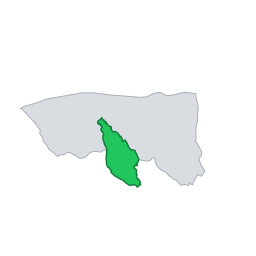 Nimba on a map of Liberia (Robinson projection), rotated 139°
{"feature_id": "LBR-791", "entity_name": "Nimba", "entity_type": "County", "adm_level": 1, "iso_a3": "LBR", "parent_name": "Liberia", "parent_adm1": "", "projection": "robinson", "projection_center": [-8.946, 6.763], "detail": "fine", "context": "in_parent", "style": "filled", "palette": "green", "viewbox_px": 256, "rotation_deg": 139, "n_neighbors": 0, "source": "natural_earth", "source_scale": "10m", "svg_char_len": 5408}
<svg xmlns="http://www.w3.org/2000/svg" viewBox="0 0 256 256"><g transform="rotate(139 128 128)"><path d="M54.3,109.2L56.2,107.4L59.0,101.5L62.9,95.9L66.6,92.6L69.5,89.2L72.5,86.5L76.9,83.5L83.6,75.4L85.2,74.5L86.3,68.9L88.0,61.8L89.9,59.6L94.5,58.3L95.5,57.0L97.1,52.0L98.2,46.2L98.3,44.9L100.1,44.8L103.1,43.5L104.9,44.1L105.7,45.8L106.1,47.2L115.4,43.6L116.2,42.8L116.7,42.9L117.9,46.2L118.6,46.0L119.1,45.1L119.7,45.0L120.5,45.4L121.2,46.9L122.4,48.3L124.4,49.3L125.7,50.6L125.5,54.1L126.0,57.5L126.9,58.3L127.4,60.3L127.6,62.6L128.1,63.7L128.4,66.0L128.3,68.4L128.6,70.1L130.1,73.0L131.0,76.7L131.0,79.4L130.5,82.1L129.5,84.6L127.8,87.4L127.6,88.5L128.6,89.2L130.2,89.3L131.5,88.8L134.8,90.0L136.5,91.8L138.1,94.1L139.4,95.2L140.0,96.6L142.4,96.2L145.1,94.9L145.6,94.2L146.5,94.6L148.2,94.7L149.4,92.2L150.4,89.4L152.5,86.4L153.6,85.2L153.8,83.3L153.9,80.8L154.7,78.6L156.4,77.4L158.3,77.4L159.3,77.8L159.9,79.9L161.4,81.6L162.7,82.7L163.3,83.1L164.4,84.4L165.4,88.6L169.5,102.4L169.3,106.2L168.5,108.6L168.5,111.1L168.2,113.5L165.7,117.4L158.5,125.4L159.0,126.1L160.8,127.0L162.5,127.5L164.0,127.3L165.8,129.3L167.7,131.8L169.8,133.1L172.8,134.3L175.4,134.4L177.6,133.9L180.8,134.4L184.1,136.5L185.3,140.0L186.1,143.0L187.3,144.5L187.4,147.1L189.8,149.4L193.2,149.8L197.6,152.5L198.7,152.4L199.2,152.0L199.7,152.6L200.8,160.3L201.7,164.4L201.2,166.0L200.6,167.3L200.6,173.6L198.6,177.2L198.3,181.1L197.7,182.4L195.6,183.5L195.6,186.5L195.1,190.2L194.8,194.1L195.4,204.2L195.5,211.8L196.5,213.2L192.4,212.6L180.2,206.8L170.9,203.5L139.5,184.6L130.8,177.0L120.8,165.7L98.4,142.9L93.4,139.3L86.9,137.5L83.0,135.6L80.2,133.5L77.9,127.2L72.3,123.4L62.1,118.1L54.3,109.2Z" fill="#d9dde1" stroke="#a8b0b8" stroke-width="1"/><path d="M162.7,82.7L164.2,83.5L164.8,85.0L165.6,87.8L166.0,91.8L166.2,92.6L166.4,93.1L167.1,94.0L167.3,94.6L167.6,95.8L167.7,96.2L168.2,96.8L168.3,97.1L168.3,97.4L168.3,97.9L168.3,98.1L168.4,98.4L168.9,99.0L169.2,99.4L169.3,99.8L169.3,100.8L169.9,104.7L169.8,105.6L169.6,106.0L168.8,106.7L168.6,107.0L168.6,107.7L168.6,108.4L168.6,109.0L168.1,110.2L168.3,110.5L168.6,110.7L168.8,110.9L168.8,111.5L168.8,112.1L168.5,113.3L168.0,114.5L167.5,115.3L164.3,119.4L163.6,120.3L161.0,122.6L160.5,123.3L160.4,123.3L159.8,123.7L159.6,124.3L159.6,124.5L159.4,124.6L159.0,124.7L158.8,124.8L157.9,126.0L157.3,127.5L156.5,130.8L154.3,135.7L153.7,136.6L152.9,137.7L152.0,138.6L151.0,139.0L150.5,139.3L150.0,140.7L149.5,141.2L149.9,141.8L150.0,142.8L149.8,143.9L149.5,144.7L148.9,145.1L147.5,145.3L146.9,145.5L146.4,146.2L146.7,146.7L147.1,147.1L147.1,147.5L146.5,148.4L146.3,149.4L146.5,149.8L147.0,149.2L147.5,149.8L147.8,150.4L147.7,151.2L147.2,152.1L146.8,152.5L146.3,152.8L142.1,152.7L141.1,152.9L141.3,152.0L141.3,151.7L141.7,151.0L141.7,150.9L141.6,150.7L141.5,150.4L141.1,149.8L141.0,149.5L141.0,149.4L141.0,149.2L141.1,148.8L141.4,148.6L141.5,148.6L141.5,148.4L141.4,148.3L141.3,148.2L141.2,148.1L141.0,147.8L140.9,147.7L140.7,147.6L140.6,147.4L140.6,147.2L140.7,146.7L140.8,146.6L141.2,146.6L141.3,146.6L141.5,146.5L141.6,146.4L141.8,146.3L141.8,146.2L141.2,145.5L141.0,145.3L140.9,145.2L141.0,145.1L141.6,144.1L141.7,143.9L141.6,143.7L141.3,143.1L141.2,143.0L141.0,142.9L140.9,142.8L140.9,142.7L141.1,142.1L141.0,141.4L140.9,141.2L140.0,140.4L139.9,140.2L140.1,140.1L140.3,140.0L140.3,139.9L140.3,139.7L140.5,139.6L140.5,139.3L140.5,139.0L140.5,138.8L140.7,138.7L140.7,138.8L140.8,138.9L140.8,139.0L141.0,139.1L141.2,138.8L141.2,138.7L141.3,138.5L141.3,138.1L141.4,137.9L141.9,137.7L142.0,137.6L142.0,137.4L142.0,136.9L142.0,136.7L141.9,136.6L142.0,136.5L141.9,136.3L141.8,135.5L141.8,135.2L142.0,134.9L141.8,134.6L141.1,134.2L140.2,134.0L140.1,133.9L139.8,133.4L139.1,131.6L139.1,130.4L139.2,129.8L139.2,129.6L139.2,129.0L139.2,128.7L139.5,127.6L139.7,126.6L139.6,126.3L139.5,126.2L139.4,126.2L139.1,126.2L138.9,126.2L139.2,125.3L139.2,125.1L139.4,124.0L139.5,123.6L140.0,122.9L140.6,122.6L140.8,122.3L140.8,122.2L140.9,121.8L141.0,121.5L141.0,121.4L140.9,121.3L140.7,121.1L140.3,121.0L140.0,121.1L139.9,121.2L139.7,121.3L139.3,121.2L137.6,120.6L138.0,120.6L138.3,120.3L138.5,119.7L138.5,119.4L138.2,118.9L138.2,118.7L138.5,118.3L138.6,118.1L138.7,117.9L138.9,117.3L138.8,117.0L138.8,116.8L139.0,116.4L139.1,116.2L139.3,115.8L139.5,115.6L139.6,115.4L139.6,115.2L139.5,114.9L139.4,114.8L139.4,114.6L139.5,114.4L139.6,114.2L139.8,114.1L139.9,113.9L140.1,113.7L140.3,113.5L140.3,113.2L140.1,112.3L140.1,111.9L140.1,111.5L140.3,110.4L140.3,110.0L140.0,109.7L139.8,109.4L139.7,109.3L139.7,109.2L139.4,109.2L139.2,109.1L139.0,108.5L138.9,108.4L138.8,108.2L138.7,108.0L138.6,107.7L138.4,107.3L138.1,107.1L137.9,107.0L137.7,106.7L137.5,106.4L137.5,106.2L138.1,105.5L138.2,105.4L138.2,104.8L138.2,104.5L138.4,104.0L138.4,103.5L138.5,102.9L139.1,101.9L140.3,97.5L140.4,97.1L140.6,97.1L141.1,97.0L141.6,96.8L142.1,96.4L142.6,95.9L143.1,95.6L143.7,95.7L144.0,95.5L144.8,95.2L145.0,94.6L145.6,94.7L145.8,93.7L146.2,94.0L146.9,95.3L147.4,95.2L148.9,94.5L149.3,94.3L149.6,93.5L149.4,92.7L149.1,92.0L149.1,91.3L149.2,90.8L149.6,90.3L150.2,89.4L150.6,89.1L151.1,88.9L151.4,88.6L151.6,88.2L151.6,87.4L151.8,87.0L152.0,86.8L153.0,86.2L153.6,85.4L153.9,84.7L154.1,83.9L154.0,82.9L153.9,82.7L153.6,82.6L153.6,82.4L153.7,82.1L153.9,81.7L154.0,80.1L154.3,79.2L155.2,77.9L155.5,77.1L159.8,77.4L159.6,78.9L159.8,80.0L160.5,80.9L161.6,81.9L162.7,82.7Z" fill="#22c55e" stroke="#15803d" stroke-width="1.5"/></g></svg>